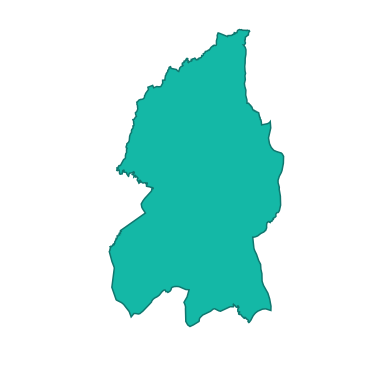 the district of Lam Plai Mat, Buri Ram, Thailand, rotated 341°
{"feature_id": "78962969B20413411154684", "entity_name": "Lam Plai Mat", "entity_type": "district", "adm_level": 2, "iso_a3": "THA", "parent_name": "Thailand", "parent_adm1": "Buri Ram", "projection": "robinson", "projection_center": [102.861, 15.019], "detail": "fine", "context": "isolated", "style": "filled", "palette": "teal", "viewbox_px": 384, "rotation_deg": 341, "n_neighbors": 0, "source": "geoboundaries", "source_scale": "gbopen_adm2", "svg_char_len": 5993}
<svg xmlns="http://www.w3.org/2000/svg" viewBox="0 0 384 384"><g transform="rotate(341 192 192)"><path d="M228.0,329.7L229.5,325.7L230.6,318.4L230.8,312.4L229.2,303.6L229.2,300.3L229.3,298.9L231.5,292.0L232.0,287.4L233.3,282.7L232.7,278.6L232.7,271.9L232.2,268.0L232.2,265.4L234.7,254.5L235.6,254.8L237.5,255.0L239.8,254.9L243.6,253.6L246.8,253.2L248.1,252.7L248.6,252.2L249.1,252.3L250.9,250.2L251.7,247.7L252.7,245.7L254.7,244.8L255.2,245.0L255.4,245.8L256.1,245.7L256.2,246.1L256.7,245.6L258.1,245.6L258.3,245.0L260.0,244.4L260.1,243.4L262.0,243.0L263.4,242.4L264.0,240.3L265.4,239.2L266.9,239.4L268.5,238.1L271.5,233.3L274.2,224.7L275.3,217.9L276.1,215.9L276.4,211.3L277.2,208.9L279.7,205.5L282.8,202.6L284.2,200.8L287.8,194.5L290.2,188.1L289.7,185.4L289.1,184.2L285.0,181.2L282.8,179.1L281.4,175.6L281.0,171.6L281.9,165.8L287.3,157.1L288.9,150.9L287.9,151.6L285.6,152.0L279.7,151.2L280.5,147.6L280.6,146.0L280.2,145.8L280.6,143.6L280.3,143.4L280.8,138.8L280.5,138.7L280.1,137.9L278.8,137.2L278.6,136.2L277.3,135.6L277.4,135.0L276.3,134.1L276.3,131.1L275.8,130.6L275.8,129.7L275.4,128.7L275.0,128.3L274.4,126.5L272.9,126.0L273.9,122.8L274.3,117.9L276.1,113.2L276.3,109.2L276.9,106.4L279.0,103.1L279.9,99.3L281.3,97.2L281.5,95.0L282.8,90.3L284.2,87.4L285.8,83.0L287.8,79.3L289.3,75.1L289.4,72.5L288.5,69.8L288.9,70.0L289.5,69.8L290.8,68.9L290.8,68.4L291.2,67.9L291.0,66.9L291.3,65.6L291.8,65.6L292.9,62.9L294.3,62.6L295.4,61.9L296.4,61.9L297.4,59.7L298.8,58.8L298.6,57.9L297.3,57.5L297.1,57.1L296.5,56.9L296.0,57.1L294.8,56.3L293.4,56.0L292.9,55.5L292.3,55.5L291.6,54.6L290.9,54.6L289.7,53.8L287.7,54.1L286.3,56.0L285.5,55.7L284.3,56.3L284.3,55.5L283.9,55.1L282.7,56.5L281.5,56.4L280.6,56.9L276.9,55.8L276.2,56.6L269.8,51.0L268.5,50.1L266.8,52.1L266.3,54.1L264.3,57.0L263.1,60.6L262.6,61.1L261.8,61.1L260.7,60.4L259.9,60.5L259.5,60.9L259.2,60.7L257.0,61.5L254.6,63.4L253.8,63.1L252.4,63.7L250.3,63.5L249.9,64.4L248.7,64.9L247.7,64.9L247.3,66.2L246.4,66.6L245.9,66.5L245.7,66.7L245.5,66.4L245.0,67.3L244.2,67.9L242.2,67.7L241.8,68.2L240.8,68.2L240.6,68.7L239.0,68.4L238.6,66.7L238.1,66.3L237.2,66.7L236.8,66.4L235.8,66.4L235.4,66.8L234.5,66.4L234.3,66.8L234.5,67.8L234.3,68.0L233.0,67.7L230.8,68.5L230.5,67.9L230.8,67.7L230.9,66.7L231.2,66.6L231.0,65.3L230.6,65.3L230.9,64.8L230.4,64.8L231.2,64.4L230.8,64.0L229.5,64.6L229.2,65.5L228.4,65.5L227.9,65.9L227.0,65.8L226.8,66.7L224.8,67.1L224.3,68.2L224.7,69.4L224.1,69.8L222.9,69.7L221.0,70.6L218.7,73.7L217.7,72.6L217.1,71.1L212.5,68.3L212.5,66.5L211.8,66.5L211.5,66.9L210.9,66.8L210.1,68.3L208.7,69.1L208.4,70.1L206.1,71.8L205.9,72.5L204.8,73.3L202.7,77.4L200.6,76.7L199.7,79.6L196.8,82.2L194.8,81.7L193.0,80.8L189.7,81.0L189.5,78.4L184.4,78.6L184.2,80.9L180.1,83.8L179.8,84.5L178.5,85.5L178.3,86.2L177.3,87.6L175.5,88.2L173.2,87.7L171.5,87.9L170.2,88.8L169.0,89.1L169.0,89.9L168.5,91.1L168.6,93.1L168.2,93.6L167.9,95.4L167.4,96.3L165.8,98.1L164.4,98.5L164.0,99.8L164.0,102.5L162.9,102.8L161.0,104.4L159.7,104.3L159.8,106.4L159.2,107.8L159.2,108.7L158.8,109.9L158.3,110.4L157.7,110.3L157.2,112.0L156.4,112.9L155.6,113.1L154.8,114.1L154.2,116.0L152.9,116.8L151.2,118.9L149.4,123.0L148.3,124.2L146.0,125.3L145.6,126.5L144.6,127.4L144.2,128.8L144.9,129.5L143.8,130.8L143.0,133.4L141.9,134.2L140.9,135.9L140.2,138.0L139.2,138.8L138.0,139.0L133.0,143.6L131.8,143.3L131.2,143.5L130.8,144.4L130.1,144.4L129.6,145.0L129.7,145.5L129.4,145.5L128.8,145.0L128.6,146.0L127.9,147.0L128.3,147.5L129.9,147.3L130.3,147.6L129.5,151.2L129.9,151.8L131.9,152.1L133.4,149.3L134.2,149.0L134.7,149.1L134.8,149.7L134.0,150.9L136.4,152.3L136.2,153.6L137.0,156.5L137.3,156.4L138.1,154.8L139.0,153.9L141.6,154.3L143.5,153.9L143.8,154.8L143.6,155.2L141.3,156.1L142.6,157.1L142.6,157.5L141.9,158.9L143.1,158.5L143.5,157.9L143.9,157.9L144.1,158.4L143.5,159.0L143.5,159.5L144.8,159.7L145.4,161.0L145.3,161.5L144.5,162.0L144.1,162.9L144.6,164.8L144.7,166.4L146.3,165.9L146.5,165.3L145.9,164.8L145.8,164.2L146.1,163.9L146.7,164.0L147.7,166.6L148.6,167.6L150.3,167.8L152.6,169.0L152.5,169.4L151.2,169.4L151.3,169.7L151.7,169.9L151.8,170.4L151.0,171.1L150.9,171.8L154.2,173.7L154.8,174.4L155.4,174.5L156.5,175.4L156.5,176.0L156.0,176.3L155.1,176.0L154.0,177.9L145.4,182.6L142.9,184.3L140.1,186.8L139.6,190.0L139.8,191.7L141.1,196.7L111.8,205.2L111.7,205.7L112.1,205.8L112.2,206.3L111.1,206.4L111.0,206.9L110.3,207.3L110.5,207.8L109.8,207.6L109.9,208.1L109.5,208.3L109.4,209.0L108.5,208.7L107.8,209.0L107.4,209.7L106.8,209.4L106.7,210.3L106.2,211.0L105.8,211.5L105.5,211.4L105.3,211.8L105.0,211.5L104.6,212.4L104.2,212.5L103.5,213.5L102.8,213.9L102.2,215.4L101.6,215.4L101.5,215.9L101.0,215.8L100.9,216.5L100.6,216.5L100.5,216.1L100.2,216.0L99.3,217.0L98.6,217.0L97.9,217.4L97.6,217.0L97.2,217.4L96.7,217.2L96.7,218.4L95.7,219.5L95.7,220.1L94.4,221.4L93.7,231.6L93.9,237.8L93.7,238.8L85.2,256.0L85.2,269.1L85.5,269.7L89.3,273.6L90.8,276.0L93.7,284.6L93.8,290.3L97.5,288.0L99.3,288.6L101.6,289.9L103.1,290.0L104.4,289.5L106.7,288.7L115.6,284.1L117.9,282.8L118.6,281.8L120.4,280.7L122.1,280.1L125.3,279.6L127.6,278.8L131.0,276.6L133.1,275.7L134.1,275.7L134.7,276.0L134.9,277.8L135.9,278.0L136.5,279.1L138.9,278.6L140.2,277.7L141.4,276.0L142.4,275.6L144.7,275.7L147.0,276.4L149.0,277.3L154.4,282.2L157.4,283.5L153.2,289.6L148.5,293.7L148.7,296.4L148.5,298.6L147.8,300.3L144.0,312.4L144.7,316.3L146.3,318.5L150.0,318.1L156.3,316.7L156.8,316.3L157.6,314.5L158.7,313.4L162.1,311.8L170.7,310.8L173.9,309.6L175.5,309.8L178.6,313.0L180.1,314.0L190.7,312.9L193.8,314.0L194.3,313.4L194.3,312.0L194.6,311.6L196.0,314.0L196.2,315.0L196.7,315.5L197.4,315.7L198.3,314.6L198.6,314.8L198.8,316.2L197.2,317.6L196.5,319.7L196.7,320.5L197.8,320.7L198.0,321.0L196.6,322.0L196.4,322.6L196.9,323.2L198.2,323.6L198.7,325.3L200.1,328.2L200.6,328.5L201.1,327.8L201.6,328.0L202.3,329.9L203.2,330.9L203.4,332.1L202.8,332.7L203.2,333.9L203.6,333.9L205.9,332.4L209.2,329.2L210.9,328.0L212.7,327.0L215.4,326.1L220.5,325.7L223.7,326.5L228.0,329.7Z" fill="#14b8a6" stroke="#0f766e" stroke-width="1.5"/></g></svg>